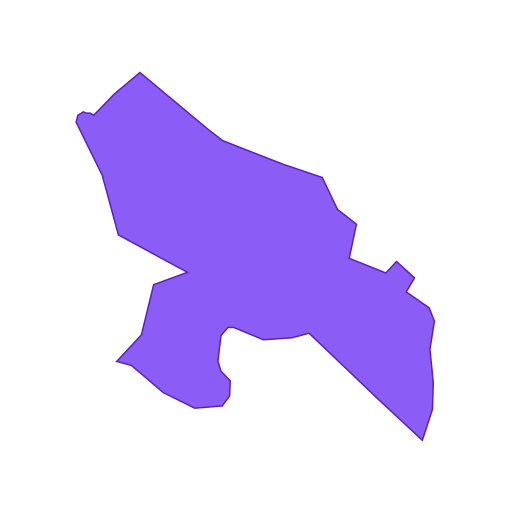 outline of Hudson, New Jersey, United States of America, rotated 280°
{"feature_id": "52423323B86380597892697", "entity_name": "Hudson", "entity_type": "district", "adm_level": 2, "iso_a3": "USA", "parent_name": "United States of America", "parent_adm1": "New Jersey", "projection": "natural_earth1", "projection_center": [-74.072, 40.733], "detail": "fine", "context": "isolated", "style": "filled", "palette": "violet", "viewbox_px": 512, "rotation_deg": 280, "n_neighbors": 0, "source": "geoboundaries", "source_scale": "gbopen_adm2", "svg_char_len": 870}
<svg xmlns="http://www.w3.org/2000/svg" viewBox="0 0 512 512"><g transform="rotate(280 256 256)"><path d="M235.0,435.5L246.7,410.2L262.0,415.9L275.0,395.3L261.8,386.8L269.9,348.2L304.7,349.4L316.0,328.2L344.8,307.6L350.2,272.1L350.8,267.8L350.9,267.4L353.2,256.0L358.2,230.8L363.8,203.2L370.7,190.0L371.9,187.7L373.5,184.9L384.0,166.5L385.6,163.8L398.9,140.5L409.1,122.8L415.0,112.5L416.5,109.8L391.0,88.4L366.3,71.7L367.9,68.1L367.2,63.3L368.0,61.1L363.8,56.2L356.6,55.6L308.9,90.5L252.8,116.9L228.0,191.3L210.0,160.2L158.3,156.8L128.0,137.1L126.6,152.3L105.4,188.4L95.5,222.1L102.5,248.8L113.6,254.3L128.6,252.3L136.5,241.5L145.7,236.8L171.6,235.3L180.7,240.7L181.8,246.3L174.8,277.8L181.7,305.5L189.2,321.6L147.0,385.0L136.8,400.3L103.4,451.8L135.5,456.4L162.1,452.6L194.2,443.5L222.8,443.0L235.0,435.5Z" fill="#8b5cf6" stroke="#5b21b6" stroke-width="1.5"/></g></svg>